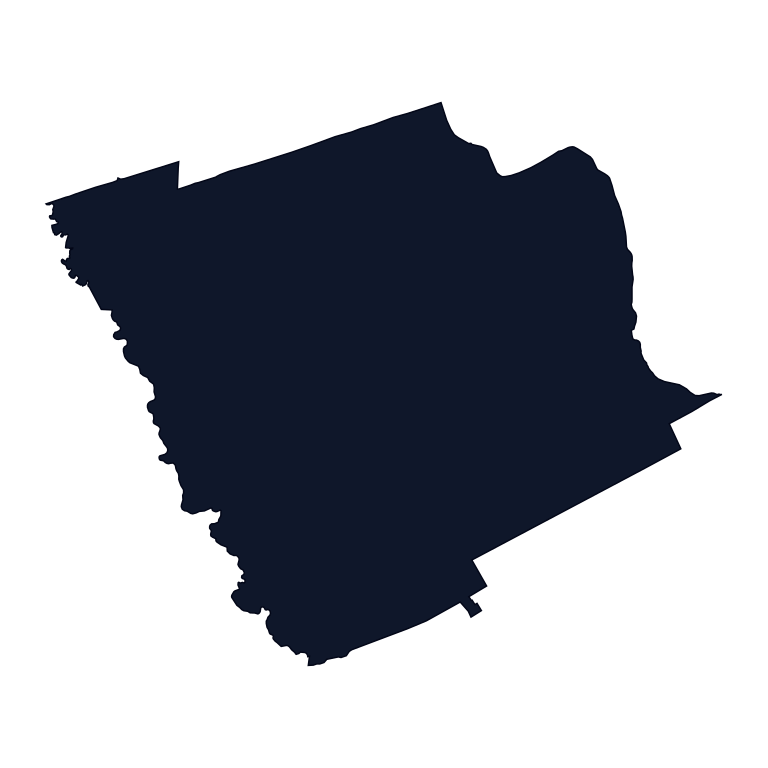 outline of Olteni, Teleorman, Romania
{"feature_id": "2599482B69611777068875", "entity_name": "Olteni", "entity_type": "district", "adm_level": 2, "iso_a3": "ROU", "parent_name": "Romania", "parent_adm1": "Teleorman", "projection": "mercator", "projection_center": [25.276, 44.194], "detail": "fine", "context": "isolated", "style": "filled", "palette": "ink", "viewbox_px": 768, "rotation_deg": 0, "n_neighbors": 0, "source": "geoboundaries", "source_scale": "gbopen_adm2", "svg_char_len": 6020}
<svg xmlns="http://www.w3.org/2000/svg" viewBox="0 0 768 768"><path d="M680.8,448.8L669.2,423.7L691.7,411.6L709.6,400.8L721.9,394.4L720.6,394.6L719.0,394.1L717.0,394.6L713.8,393.2L711.4,393.0L699.2,395.7L695.1,395.5L690.1,392.3L686.5,388.9L679.4,384.8L664.5,381.6L658.1,378.9L654.5,375.8L652.5,372.8L650.7,371.1L648.5,368.1L648.0,366.5L646.9,364.9L646.5,362.9L643.7,359.9L641.3,354.0L641.0,352.9L641.1,351.0L640.3,347.4L640.3,344.3L639.7,342.3L638.3,340.9L636.5,340.1L634.6,340.0L632.8,338.8L631.9,335.0L631.3,330.3L633.9,329.0L634.5,326.2L635.9,322.1L636.5,316.1L635.5,312.8L632.7,309.3L631.9,307.4L631.2,304.5L631.9,302.1L632.0,299.3L632.0,286.9L633.1,279.5L633.0,276.9L632.6,275.0L631.7,266.2L631.8,263.0L632.2,260.4L632.1,256.6L631.8,255.1L631.0,253.4L630.0,252.0L627.5,249.4L626.5,247.0L625.9,236.4L625.3,232.0L622.5,218.1L621.6,215.1L621.0,211.6L618.4,204.1L614.6,195.5L612.0,185.5L609.6,178.3L609.0,177.4L607.5,175.8L604.6,173.8L597.7,169.9L596.7,168.5L592.5,159.5L590.3,156.9L577.5,148.8L574.0,147.0L572.4,146.8L570.0,147.1L568.2,147.6L561.9,150.7L558.6,151.3L552.9,155.1L540.9,162.3L530.7,167.8L519.3,172.8L511.2,175.5L505.2,176.6L502.2,176.7L500.1,175.7L496.7,172.9L489.7,156.7L488.6,153.4L487.7,151.2L486.3,149.3L483.4,147.4L481.1,146.5L472.0,144.5L470.9,143.3L468.7,143.6L458.3,137.7L454.3,134.8L450.7,129.2L446.7,120.4L441.0,102.6L407.5,113.5L393.1,117.5L373.3,124.9L360.6,128.6L351.4,132.1L335.1,136.7L310.9,145.6L291.9,152.2L254.4,164.1L229.4,171.2L220.1,174.7L216.5,176.6L216.5,176.9L198.5,182.6L195.1,183.3L190.5,185.2L179.0,189.0L177.4,189.2L178.2,168.3L178.7,161.7L124.2,178.7L120.6,179.2L118.0,178.0L117.2,180.6L112.6,182.4L95.5,187.3L75.6,194.0L69.4,196.4L66.0,197.2L46.1,203.9L46.8,204.6L49.3,204.7L51.3,203.7L52.4,203.6L53.9,205.3L53.9,206.6L52.8,209.6L53.2,211.8L52.5,214.8L52.0,215.5L49.7,215.9L49.5,216.9L50.4,218.5L50.9,218.9L53.9,219.1L54.9,218.8L55.7,219.7L56.7,221.6L58.1,222.1L58.3,222.7L58.0,223.5L56.2,224.3L51.9,225.4L52.0,227.5L53.5,232.7L54.7,233.2L54.7,234.6L56.4,235.1L58.8,233.6L60.7,231.9L61.5,231.7L62.1,232.6L62.1,233.7L60.8,235.6L60.8,236.1L61.0,236.6L61.9,237.0L62.7,236.6L63.4,235.2L63.8,234.8L65.7,234.9L67.2,234.1L67.6,234.2L68.1,234.9L68.1,236.1L66.2,242.4L65.6,247.5L66.0,247.9L68.6,247.9L69.9,248.4L72.3,247.8L72.8,248.0L72.5,248.9L70.5,249.8L69.8,250.9L69.7,253.4L70.0,254.6L69.4,256.1L69.8,257.7L69.7,258.2L67.3,258.5L66.6,259.4L66.2,261.1L65.0,261.0L62.6,259.3L61.8,259.8L61.4,260.8L61.6,261.9L62.4,263.2L64.4,264.4L65.1,264.5L65.9,265.3L66.6,266.6L66.9,268.0L67.5,268.9L69.1,269.5L70.3,268.5L71.2,268.9L71.5,269.8L71.5,270.5L69.1,273.6L68.9,274.3L69.2,275.2L71.3,277.6L73.2,278.2L74.0,278.1L74.7,277.6L75.5,275.4L76.2,275.3L77.3,276.0L78.5,277.0L78.8,278.3L77.1,281.1L76.2,281.8L76.1,282.4L80.7,285.0L81.6,284.4L82.7,286.0L85.6,284.6L86.6,283.1L87.1,280.8L87.9,280.6L88.9,282.0L88.7,283.2L87.9,284.7L88.2,286.1L89.4,287.1L101.3,309.4L112.0,309.9L112.1,311.8L111.4,315.3L112.3,318.2L113.1,319.7L114.5,321.1L116.7,322.0L117.7,324.9L120.1,326.7L120.6,328.2L120.4,329.2L119.7,330.5L116.8,332.0L115.1,332.4L113.7,334.7L113.6,336.5L113.9,337.1L115.1,338.5L116.7,339.2L118.4,339.4L123.2,338.5L124.9,338.6L126.2,339.3L127.1,340.5L127.4,341.5L127.3,344.2L127.0,345.0L126.6,345.6L124.4,347.0L123.5,348.8L123.5,351.5L124.5,355.9L125.4,357.9L128.1,361.2L129.8,362.7L138.1,366.0L138.8,366.9L139.8,369.4L140.5,373.2L143.3,375.5L147.7,377.5L149.7,381.2L153.2,383.8L153.7,384.5L154.3,387.8L154.1,391.9L155.5,396.6L155.3,398.6L153.9,400.2L150.3,401.6L148.8,402.7L147.8,404.1L147.5,405.3L147.5,407.3L148.6,410.7L149.3,411.7L152.7,413.5L153.3,414.4L153.8,417.5L153.8,419.2L153.3,421.0L153.5,422.7L154.1,423.6L158.3,425.9L160.0,427.6L160.3,428.7L160.2,429.9L159.1,433.0L159.0,434.4L159.6,436.0L160.4,437.7L162.8,440.5L163.9,443.4L167.3,447.8L167.7,449.4L167.7,450.8L166.9,452.8L164.9,454.4L160.0,455.8L159.3,456.5L159.1,457.4L159.3,458.8L159.7,459.7L160.5,460.2L163.6,460.8L165.3,462.5L167.0,463.4L168.7,463.7L170.4,463.2L173.2,463.0L175.0,464.7L175.5,466.0L176.0,468.8L176.7,470.7L178.4,473.4L178.9,476.0L178.8,479.3L179.3,481.1L181.0,485.6L183.3,489.3L183.6,490.3L183.6,493.0L182.7,495.4L183.0,499.8L181.5,504.9L181.3,506.7L182.3,509.2L184.5,510.7L187.2,511.2L190.8,513.4L192.7,513.8L196.1,512.9L199.3,511.4L204.4,510.9L210.7,508.0L211.8,508.2L212.5,510.3L213.3,510.9L215.5,511.7L216.8,511.6L220.3,510.1L221.0,510.7L220.9,515.4L220.5,516.7L218.9,519.4L218.4,521.9L218.1,522.3L214.6,523.7L211.5,523.9L210.0,525.3L209.6,526.9L209.7,528.4L211.4,530.7L210.7,534.2L210.9,535.9L212.5,537.1L215.8,538.7L216.0,540.9L217.0,542.1L221.0,544.8L226.6,547.0L227.1,547.5L227.3,551.1L230.1,553.9L233.9,555.5L236.3,555.4L237.7,556.3L239.0,558.2L239.1,559.2L239.1,560.1L238.0,564.3L238.2,565.0L238.8,566.3L240.6,568.7L243.0,569.9L244.2,572.3L244.3,573.1L243.7,574.6L241.9,575.7L241.6,577.3L242.2,578.4L244.6,579.3L245.1,580.7L244.9,582.3L244.0,583.0L242.4,582.4L240.4,583.1L238.8,582.3L238.2,582.7L238.0,585.0L239.4,588.3L239.3,589.3L235.0,590.9L233.9,591.7L231.8,595.3L231.6,596.8L231.9,597.6L236.9,605.3L239.8,607.5L241.8,609.6L243.8,610.7L247.8,611.3L250.1,612.8L254.8,613.0L257.9,613.9L259.0,613.3L259.8,612.3L260.2,611.4L260.7,608.0L261.4,607.1L262.0,606.8L264.0,607.3L265.2,609.6L265.8,609.9L266.9,609.9L267.2,609.4L267.8,609.3L269.3,610.2L270.2,611.3L270.5,613.5L269.9,615.2L268.0,617.2L267.1,619.8L266.3,621.1L266.3,623.5L267.1,627.4L268.5,629.7L269.5,633.0L270.2,634.0L272.8,635.1L273.4,636.0L273.0,638.0L273.4,639.0L275.2,641.2L277.0,642.5L281.2,646.4L286.5,645.4L288.2,645.8L289.5,646.9L291.7,649.8L294.9,652.5L295.6,653.8L296.2,654.3L298.8,653.5L300.4,652.1L304.9,652.5L306.4,653.3L307.5,655.0L307.8,656.7L309.5,656.3L308.3,665.4L313.4,665.1L316.8,663.9L319.9,663.9L324.0,662.5L326.8,659.3L338.4,656.9L341.0,657.5L346.3,655.7L349.2,651.4L351.8,649.7L407.5,628.7L426.4,620.8L460.2,602.0L468.3,611.2L471.0,617.1L481.4,610.6L477.0,603.4L474.9,604.6L472.1,600.2L471.4,600.5L468.8,596.7L486.6,586.0L471.8,560.0L645.0,468.1L680.8,448.8Z" fill="#0f172a" stroke="#020617" stroke-width="1.5"/></svg>